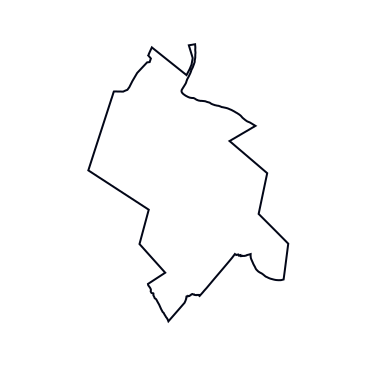 Reimerswaal, Zeeland, Netherlands, rotated 222°
{"feature_id": "6326949B12862747379665", "entity_name": "Reimerswaal", "entity_type": "district", "adm_level": 2, "iso_a3": "NLD", "parent_name": "Netherlands", "parent_adm1": "Zeeland", "projection": "orthographic", "projection_center": [4.116, 51.444], "detail": "fine", "context": "isolated", "style": "outline", "palette": "ink", "viewbox_px": 384, "rotation_deg": 222, "n_neighbors": 0, "source": "geoboundaries", "source_scale": "gbopen_adm2", "svg_char_len": 5166}
<svg xmlns="http://www.w3.org/2000/svg" viewBox="0 0 384 384"><g transform="rotate(222 192 192)"><path d="M85.9,218.0L105.1,219.1L127.8,220.3L140.0,241.3L148.7,256.3L172.1,255.7L198.2,255.0L193.5,269.7L189.1,283.6L195.5,282.4L197.7,281.6L198.0,281.5L198.4,281.4L199.0,281.3L200.1,281.2L200.9,281.1L201.5,281.1L203.2,281.0L203.6,281.0L204.0,281.0L204.4,281.0L205.8,281.2L206.8,281.3L207.3,281.3L208.3,281.2L208.8,281.2L209.3,281.1L211.3,280.8L212.5,280.5L213.5,280.3L214.2,280.2L215.0,280.0L217.0,279.5L217.6,279.4L218.0,279.2L218.9,278.9L219.7,278.6L220.4,278.4L221.2,278.1L221.7,277.9L222.3,277.6L222.9,277.3L223.6,276.9L225.7,275.7L226.2,275.4L226.6,275.1L226.8,275.0L227.0,274.9L227.4,274.8L228.1,274.6L228.5,274.4L229.2,274.1L229.8,273.9L230.5,273.4L231.4,272.8L231.8,272.6L232.2,272.4L233.4,271.7L233.8,271.6L234.2,271.4L234.9,271.1L235.5,270.9L236.2,270.6L236.6,270.5L237.2,270.4L237.9,270.3L238.3,270.3L238.7,270.2L239.7,269.7L241.3,268.9L242.1,268.6L242.7,268.4L243.1,268.1L243.5,267.9L244.4,267.2L245.4,266.5L246.2,265.8L246.8,265.3L247.2,265.1L247.7,264.8L248.3,264.4L249.0,264.1L249.5,264.0L250.0,263.7L250.5,263.6L250.9,263.5L251.6,263.4L252.3,263.3L252.7,263.2L253.1,263.1L253.5,262.9L254.0,262.7L254.4,262.3L255.0,261.8L255.9,261.2L256.4,260.9L257.1,260.5L257.7,260.3L259.1,259.8L259.7,259.7L260.5,259.5L261.2,259.3L262.1,259.2L263.0,259.1L263.8,259.0L264.6,259.0L265.1,259.1L265.7,259.1L266.2,259.3L266.7,259.5L267.0,259.7L267.4,260.1L267.6,260.4L267.9,260.9L267.9,261.1L268.1,261.8L268.4,263.5L269.1,267.5L269.4,268.8L269.7,269.6L270.2,270.6L270.6,271.7L270.8,272.0L270.9,272.4L271.2,273.4L271.4,274.4L271.8,275.9L272.0,276.7L272.3,277.5L272.6,278.7L273.0,279.8L273.3,280.6L273.6,281.3L274.0,282.1L274.2,282.8L274.5,283.9L274.7,284.7L275.0,285.6L275.3,286.3L275.7,287.3L276.1,288.3L276.6,289.4L276.7,289.7L276.8,290.0L277.1,290.5L277.3,290.8L277.5,291.0L278.0,291.6L278.1,291.8L278.3,292.0L278.7,292.8L279.3,293.7L279.5,294.0L279.8,294.4L280.1,294.7L280.7,295.4L281.1,295.9L281.4,296.2L281.8,296.7L282.2,297.3L282.5,297.7L282.8,298.0L283.0,298.2L283.3,298.5L283.7,298.8L284.1,299.2L284.7,299.8L285.3,300.5L285.6,300.9L285.9,301.3L286.1,301.5L286.3,301.7L286.6,302.0L287.2,302.6L288.0,303.3L288.6,303.9L292.5,298.9L281.1,292.0L277.6,286.4L276.0,281.8L274.8,277.2L274.3,275.2L299.4,273.7L316.6,272.7L318.6,272.6L316.5,265.9L316.4,265.9L316.0,264.8L315.9,264.4L315.9,264.2L311.9,263.7L310.4,260.2L312.1,258.3L312.3,248.9L312.3,248.7L312.4,243.8L310.5,234.5L308.7,227.9L308.7,227.7L308.4,224.7L309.5,222.5L310.3,220.6L310.5,220.4L312.7,218.5L313.7,217.6L315.1,216.4L316.7,215.0L317.3,214.4L317.1,213.8L315.9,211.2L314.5,208.1L314.0,206.8L313.9,206.7L293.5,161.0L283.5,138.7L272.6,140.4L212.3,149.9L196.2,118.2L180.4,116.5L157.9,114.1L163.2,94.2L162.3,93.5L162.0,93.4L161.7,93.3L159.2,92.8L158.9,92.7L157.9,92.3L157.6,92.2L157.4,92.1L156.9,91.5L156.6,91.2L156.3,90.6L156.1,90.5L156.0,90.4L155.8,90.3L155.5,90.2L155.2,90.1L154.8,90.0L154.5,89.9L154.3,90.0L153.7,90.3L153.4,90.5L153.2,90.6L153.0,90.8L152.8,90.8L152.7,90.7L151.8,89.7L151.7,89.5L151.4,89.3L150.2,88.9L148.6,88.1L147.3,88.3L147.1,88.3L146.8,88.3L144.3,87.4L142.6,86.8L141.6,86.5L141.0,86.3L140.6,86.1L139.7,85.7L138.8,85.3L136.3,84.2L135.1,83.8L134.3,83.5L133.5,83.2L133.1,83.2L132.1,83.2L131.9,83.1L130.6,82.6L130.3,82.5L130.0,82.4L129.9,82.4L129.5,82.3L128.8,82.1L128.5,82.0L128.3,81.9L128.0,81.8L127.7,81.7L126.4,81.5L126.0,81.4L125.7,81.3L125.3,81.2L124.4,80.8L123.0,80.1L123.2,93.6L123.4,104.5L123.4,104.8L123.5,105.0L123.7,105.6L123.8,106.0L124.3,107.4L124.4,107.6L124.5,107.8L124.7,108.2L125.0,108.7L124.9,108.8L125.1,109.1L125.2,109.3L125.4,109.6L125.5,109.8L125.8,110.2L125.9,110.3L126.0,110.3L126.1,110.5L126.2,110.8L125.8,111.1L125.7,111.2L125.6,111.3L125.5,111.6L125.5,111.9L125.4,111.9L125.4,112.0L125.2,112.3L124.8,112.5L124.7,112.5L124.4,112.9L124.4,113.0L124.3,113.4L124.3,113.6L124.2,113.7L124.1,114.0L124.0,114.3L124.0,114.5L124.0,115.0L123.9,115.3L123.9,115.5L123.8,115.8L123.7,115.9L123.7,116.0L123.4,116.5L123.2,116.6L122.8,116.7L122.5,116.7L122.4,116.8L122.2,116.8L121.9,117.1L121.8,117.3L121.7,117.3L121.3,117.3L121.1,117.3L120.6,117.7L120.2,117.9L119.9,118.2L119.6,118.4L119.5,118.5L119.5,118.8L118.0,120.1L117.8,119.8L116.8,119.8L116.8,124.5L116.9,126.8L116.9,130.5L117.3,141.5L117.7,155.6L117.8,158.7L118.0,165.2L118.2,170.0L118.6,174.6L117.7,174.6L116.8,175.3L116.7,175.2L116.3,175.8L116.0,176.3L115.8,176.5L115.2,176.1L114.8,176.0L114.6,176.4L114.4,176.8L113.9,177.5L113.3,176.9L112.6,177.7L112.4,177.4L111.6,178.3L110.9,179.0L110.4,179.4L110.3,179.6L109.5,180.6L109.2,181.2L109.1,181.3L109.1,181.5L108.9,181.8L108.9,182.0L108.7,182.3L108.0,183.3L106.9,185.1L105.7,183.7L105.1,183.2L104.5,182.6L104.0,182.3L103.2,181.8L102.3,181.4L99.4,180.1L97.9,179.4L95.0,178.4L93.4,177.7L92.7,177.5L92.0,177.4L90.4,177.3L89.3,177.3L88.8,177.4L87.6,177.6L86.5,177.9L85.8,178.1L84.9,178.2L84.0,178.3L81.7,178.4L81.1,178.4L80.5,178.5L79.3,178.9L77.5,179.4L76.7,179.7L75.9,180.0L72.9,181.5L72.0,182.0L71.0,182.6L70.4,183.0L68.9,184.2L68.2,184.8L67.6,185.4L67.0,185.9L66.3,186.9L65.8,187.7L65.4,188.3L70.4,195.6L85.9,218.0Z" fill="none" stroke="#020617" stroke-width="2"/></g></svg>